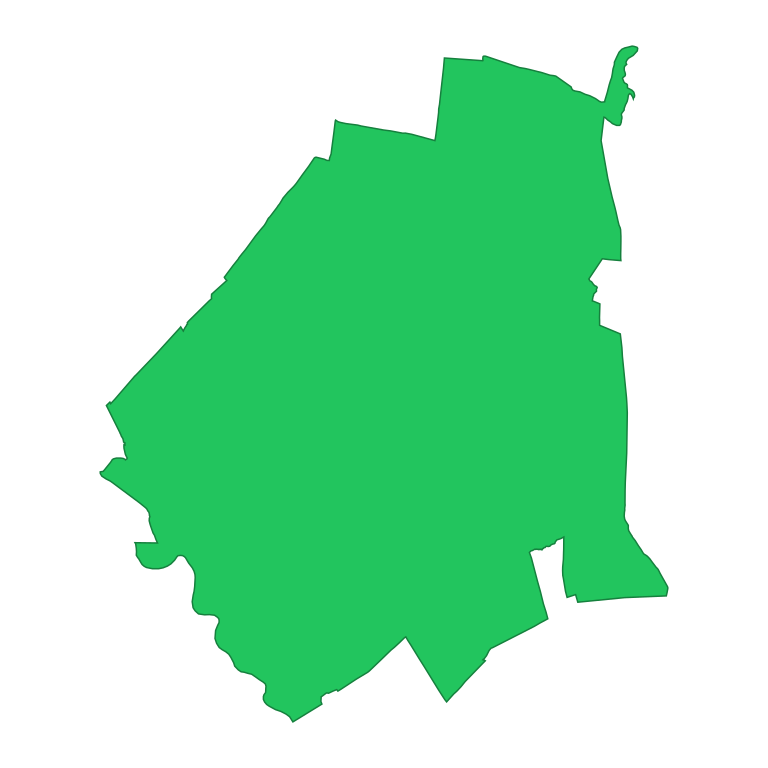 the district of Podoleni, Neamt, Romania
{"feature_id": "2599482B76653311270288", "entity_name": "Podoleni", "entity_type": "district", "adm_level": 2, "iso_a3": "ROU", "parent_name": "Romania", "parent_adm1": "Neamt", "projection": "orthographic", "projection_center": [26.635, 46.808], "detail": "fine", "context": "isolated", "style": "filled", "palette": "green", "viewbox_px": 768, "rotation_deg": 0, "n_neighbors": 0, "source": "geoboundaries", "source_scale": "gbopen_adm2", "svg_char_len": 6051}
<svg xmlns="http://www.w3.org/2000/svg" viewBox="0 0 768 768"><path d="M292.9,721.9L321.9,704.1L320.9,701.4L321.2,696.7L322.1,696.2L326.5,692.9L328.6,693.2L333.0,691.1L336.7,689.6L337.9,691.1L341.0,689.2L356.5,679.0L367.8,672.2L369.3,671.0L381.3,659.5L391.1,650.0L394.5,647.2L399.6,642.5L404.4,637.8L405.8,636.9L407.9,640.5L410.8,645.0L419.4,659.0L424.7,667.4L438.6,690.0L444.8,699.6L446.6,701.9L453.9,693.8L455.5,692.4L457.3,690.7L461.0,686.7L465.2,681.5L483.4,662.7L485.3,660.8L484.4,660.2L482.9,659.8L483.2,659.4L484.2,658.7L486.5,655.7L489.0,650.7L489.8,649.6L491.2,648.1L492.3,647.8L534.2,626.4L540.2,622.9L547.8,618.8L546.0,612.0L543.4,603.8L540.4,591.6L537.5,581.3L531.4,558.0L529.4,552.5L530.3,551.5L531.4,550.7L532.3,550.6L534.8,549.2L535.2,549.2L535.5,549.4L536.3,549.1L537.1,549.4L537.7,549.2L538.1,549.2L538.5,549.6L538.8,549.6L539.3,549.3L539.6,549.3L540.0,549.6L540.5,549.2L540.8,549.2L541.6,549.8L542.1,549.8L542.4,548.8L543.3,548.5L543.5,548.0L543.8,547.8L545.1,547.5L545.8,546.5L546.5,546.3L548.5,546.5L549.8,546.2L550.9,545.0L552.6,544.1L553.8,543.9L554.4,543.7L554.9,543.3L555.2,542.1L556.8,539.9L558.0,539.5L559.7,539.0L561.6,538.2L563.8,537.0L563.7,549.6L563.6,551.9L563.4,559.5L562.7,566.9L562.6,570.5L562.8,575.5L563.4,578.5L565.5,591.3L567.1,597.4L575.6,594.6L577.8,602.2L624.7,597.6L666.3,595.9L667.0,592.9L667.8,588.6L667.8,587.6L667.7,587.1L667.0,585.7L660.0,573.2L658.8,570.7L658.0,569.3L657.3,568.4L656.2,567.4L652.1,562.0L649.8,558.8L647.9,556.8L646.7,555.7L644.0,554.1L643.1,553.0L641.1,549.6L638.3,545.6L635.2,540.6L632.6,537.3L632.2,536.6L632.2,536.3L631.1,534.7L628.8,530.9L628.3,528.8L628.3,525.3L625.5,520.9L624.7,519.2L624.2,516.1L624.4,512.5L624.8,510.0L624.7,508.4L625.1,505.2L625.0,503.2L625.1,489.9L625.3,482.2L626.7,453.2L627.3,412.9L626.9,404.1L626.5,397.7L622.4,356.2L621.9,347.7L620.3,333.9L599.6,325.3L599.6,320.4L599.5,317.6L599.9,303.9L593.4,301.2L592.3,300.9L593.0,296.7L593.6,295.3L593.7,294.3L594.0,293.7L596.5,291.2L596.4,289.2L597.2,287.7L596.7,286.6L595.6,286.0L594.8,285.8L593.2,284.1L592.0,282.3L591.2,281.5L590.2,281.1L589.5,280.2L589.2,279.4L588.8,279.0L602.3,258.8L608.9,259.6L620.9,260.6L620.7,258.4L620.7,253.5L620.8,248.9L620.9,241.5L620.9,236.3L620.6,229.7L620.2,227.9L619.0,225.1L618.0,221.1L615.9,211.6L614.8,207.1L612.1,197.0L607.8,178.5L601.1,140.6L603.9,117.2L605.2,117.6L607.8,120.1L610.4,121.8L612.4,123.6L616.6,125.4L619.5,125.4L620.4,124.7L621.3,122.0L621.4,120.4L621.9,118.3L621.9,116.8L621.4,114.9L621.5,113.6L624.1,110.1L624.2,108.4L625.6,104.5L626.3,103.3L627.2,101.3L627.9,98.5L628.4,95.1L629.6,93.6L631.0,94.3L632.6,96.9L633.3,98.8L633.6,97.6L634.4,97.0L634.6,95.3L633.8,92.2L631.9,90.2L627.5,87.9L627.4,87.0L627.5,85.6L627.3,84.6L626.3,83.8L625.0,83.2L624.0,82.2L622.5,78.3L623.1,77.4L624.3,76.5L625.1,75.8L625.3,75.1L625.4,74.1L625.0,72.5L624.3,70.5L624.2,68.4L624.4,66.9L625.1,65.8L626.7,64.4L626.1,63.3L626.0,62.1L626.7,60.5L628.4,58.3L633.2,55.4L637.3,50.9L637.7,48.3L637.0,47.3L634.1,46.4L632.1,46.1L627.9,47.2L624.8,47.9L621.8,49.3L619.1,52.2L616.8,56.9L614.4,62.2L614.4,64.0L614.1,65.5L613.1,68.6L612.8,70.4L612.4,73.4L611.6,77.7L610.6,80.3L609.3,84.5L608.0,89.6L607.3,92.4L604.8,100.7L604.7,101.8L601.5,102.2L599.5,101.4L595.5,98.6L589.7,95.7L585.1,94.3L580.0,91.9L575.0,91.0L573.3,90.4L572.6,89.9L571.8,88.8L571.1,86.9L555.8,76.1L553.4,75.6L550.0,75.2L542.5,72.8L529.5,69.5L525.1,68.5L519.5,67.6L485.6,56.2L483.9,56.1L483.1,56.5L482.8,58.3L482.9,60.6L482.6,60.7L444.4,58.0L443.5,68.4L440.6,94.3L439.5,104.5L438.7,109.0L438.6,112.4L438.1,116.9L436.0,134.0L435.4,138.0L434.9,140.6L411.8,134.3L405.3,133.1L402.8,133.2L390.6,130.9L383.5,130.0L361.1,126.0L357.7,125.1L346.0,123.6L340.7,122.5L338.2,121.8L335.6,120.1L335.3,120.8L333.9,132.5L332.0,146.8L331.1,154.0L329.6,158.0L329.3,160.5L326.9,160.4L324.3,159.2L316.1,157.2L315.2,157.4L314.3,158.0L308.4,166.7L302.6,174.5L296.2,183.5L293.7,186.5L288.0,192.2L283.1,198.0L281.6,200.6L279.6,203.9L278.2,205.6L276.9,207.6L269.8,216.9L269.0,217.6L268.1,218.7L265.7,223.2L264.2,225.5L261.1,229.1L255.7,235.7L245.4,249.8L242.2,253.6L239.0,257.7L238.2,259.1L233.0,265.6L227.7,272.7L225.2,276.1L224.3,277.2L225.0,278.5L226.8,280.5L211.6,294.2L211.4,297.2L211.6,298.7L209.4,300.6L188.8,320.9L187.3,322.6L187.5,324.1L187.2,324.2L186.6,325.0L186.3,325.8L184.9,327.8L183.6,330.2L183.5,330.8L183.3,331.1L180.7,326.9L179.9,327.9L156.4,353.7L136.0,375.0L134.6,376.3L114.7,399.4L110.7,403.7L109.9,402.1L106.4,405.5L119.9,432.6L120.2,433.6L120.7,434.2L121.2,435.9L122.9,438.6L123.4,440.8L123.6,442.1L124.9,442.8L124.9,445.0L124.0,444.6L123.9,446.0L124.0,448.3L125.4,454.4L126.7,457.1L127.2,457.9L127.0,458.8L126.7,459.1L126.3,459.2L125.5,459.9L124.5,459.1L123.8,458.7L123.0,458.4L120.9,458.1L116.4,458.1L115.1,458.4L113.4,458.9L112.2,459.7L111.8,460.5L110.5,462.4L103.3,471.3L100.2,471.9L100.3,473.5L101.8,476.1L106.0,478.9L109.8,480.8L111.2,481.7L139.4,502.7L145.7,507.8L146.9,509.1L147.8,510.9L148.7,512.0L149.0,512.5L149.5,515.1L149.4,515.4L149.9,516.7L149.3,518.3L149.2,520.8L150.1,524.3L150.8,526.5L153.1,533.1L154.5,535.3L155.8,539.1L157.5,543.0L135.0,542.7L135.7,544.0L136.3,548.3L136.5,551.8L136.3,555.2L137.8,557.7L138.6,558.6L140.8,562.4L142.1,564.5L144.2,566.3L146.5,567.5L152.4,568.7L158.7,568.7L163.1,567.8L167.4,566.1L170.9,563.9L174.6,560.2L176.9,556.8L177.9,555.7L180.4,555.4L182.6,555.6L184.2,556.5L185.5,557.7L188.6,563.0L192.3,567.8L194.1,571.3L195.0,574.6L195.2,577.5L194.7,586.4L194.1,591.3L193.2,595.1L192.2,601.7L193.1,607.7L194.1,609.3L195.2,610.9L198.5,613.9L204.5,614.8L209.3,614.6L214.5,615.2L217.4,617.2L218.7,618.6L219.1,620.1L219.1,622.5L217.7,625.3L215.6,630.5L215.0,638.5L216.6,643.3L219.2,647.5L222.2,649.7L225.7,651.7L228.8,654.2L230.9,657.4L233.7,662.8L234.7,666.1L238.2,669.8L241.1,671.8L244.1,672.2L248.1,673.4L251.6,674.2L255.7,677.0L259.3,679.6L263.2,682.1L265.3,683.9L266.0,686.2L265.8,688.6L265.6,692.5L264.0,694.7L263.4,696.5L263.4,699.4L264.6,702.0L266.6,704.4L269.2,706.2L275.5,709.6L280.8,711.4L285.9,714.0L289.6,716.7L292.9,721.9Z" fill="#22c55e" stroke="#15803d" stroke-width="1.5"/></svg>